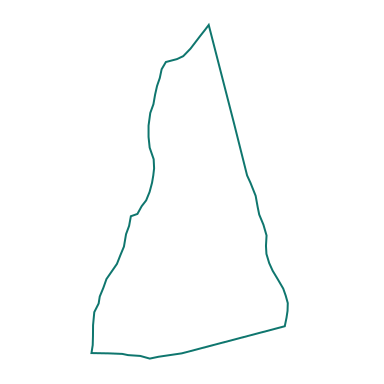 Miraselva, Paraná, Brazil (Mercator projection), rotated 181°
{"feature_id": "56859067B75197457658410", "entity_name": "Miraselva", "entity_type": "district", "adm_level": 2, "iso_a3": "BRA", "parent_name": "Brazil", "parent_adm1": "Paraná", "projection": "mercator", "projection_center": [-51.479, -22.99], "detail": "fine", "context": "isolated", "style": "outline", "palette": "teal", "viewbox_px": 384, "rotation_deg": 181, "n_neighbors": 0, "source": "geoboundaries", "source_scale": "gbopen_adm2", "svg_char_len": 952}
<svg xmlns="http://www.w3.org/2000/svg" viewBox="0 0 384 384"><g transform="rotate(181 192 192)"><path d="M96.9,59.4L95.3,68.0L94.4,74.8L94.3,82.6L96.5,90.0L99.1,97.0L104.5,105.9L110.0,114.7L113.6,122.3L116.5,131.4L117.1,139.4L116.7,149.8L120.0,160.5L124.4,170.6L126.1,178.2L128.3,189.3L133.7,202.2L137.2,209.5L151.2,261.4L178.2,359.3L182.0,354.1L186.8,347.8L196.0,335.3L203.1,327.7L209.4,324.6L220.4,321.5L224.5,314.2L226.2,305.4L228.8,297.4L230.6,288.7L232.1,279.1L235.1,270.3L236.6,257.6L236.4,246.3L235.1,235.6L230.9,224.1L230.3,215.0L231.0,207.9L232.1,200.6L234.4,191.3L237.7,182.8L242.1,176.9L246.2,169.1L252.7,166.7L254.3,157.0L257.2,148.7L259.1,136.2L262.5,127.6L265.8,118.8L271.6,110.1L276.0,103.5L278.9,94.8L282.4,85.9L283.4,78.9L287.6,70.2L288.6,57.1L288.5,46.2L288.6,37.2L289.7,29.2L280.9,29.2L271.9,29.2L258.8,28.9L253.1,27.8L240.9,27.2L231.3,24.7L222.5,26.7L199.4,30.5L96.9,59.4Z" fill="none" stroke="#0f766e" stroke-width="2"/></g></svg>